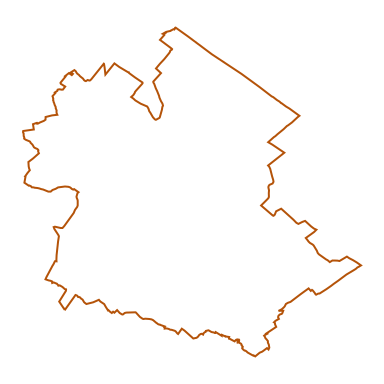 Rachiti, Botosani, Romania (Natural Earth projection)
{"feature_id": "2599482B10393832420275", "entity_name": "Rachiti", "entity_type": "district", "adm_level": 2, "iso_a3": "ROU", "parent_name": "Romania", "parent_adm1": "Botosani", "projection": "natural_earth1", "projection_center": [26.699, 47.8], "detail": "fine", "context": "isolated", "style": "outline", "palette": "amber", "viewbox_px": 384, "rotation_deg": 0, "n_neighbors": 0, "source": "geoboundaries", "source_scale": "gbopen_adm2", "svg_char_len": 5837}
<svg xmlns="http://www.w3.org/2000/svg" viewBox="0 0 384 384"><path d="M346.5,274.5L354.7,269.6L356.3,268.5L357.3,267.5L358.9,266.7L361.0,265.4L356.7,262.4L352.9,260.1L349.2,258.2L346.9,256.6L339.5,261.0L337.2,260.6L332.4,260.5L329.8,262.1L327.6,260.2L326.2,259.5L318.9,254.3L317.7,252.9L316.9,250.8L313.6,245.4L312.6,244.5L309.9,242.9L308.4,241.4L307.9,240.6L305.8,238.0L314.1,232.0L316.4,229.7L314.0,228.6L311.2,226.5L305.1,220.9L302.4,221.9L298.4,223.9L296.4,222.8L293.5,219.8L281.2,208.7L276.1,211.3L275.0,214.1L274.6,214.9L274.0,215.2L273.8,215.6L273.3,215.8L272.4,215.2L261.1,205.5L267.9,198.7L268.7,197.6L268.9,196.5L268.8,193.1L269.0,190.3L268.4,187.6L268.5,186.4L269.1,185.3L269.6,184.8L272.6,183.5L273.5,181.8L273.2,179.9L272.1,176.3L270.2,168.8L269.2,166.7L268.1,165.5L284.3,152.7L272.3,144.6L268.2,142.2L273.9,137.1L275.3,136.2L277.5,134.2L283.6,129.2L286.9,126.0L288.0,125.4L291.9,122.5L297.6,117.2L299.4,115.8L289.5,108.6L286.0,106.5L281.4,103.1L281.1,103.1L279.5,101.6L276.9,100.0L273.2,97.1L271.7,96.4L259.6,87.1L241.5,73.9L211.9,54.3L187.8,36.3L175.6,27.6L175.1,27.8L174.7,29.1L174.3,29.5L173.8,29.1L173.4,29.2L171.8,30.1L171.0,30.4L170.6,30.9L166.9,31.7L165.7,32.9L165.1,33.1L165.1,32.5L162.8,33.8L163.9,34.3L164.4,34.9L160.0,39.9L171.5,48.5L172.1,49.1L171.9,49.6L170.6,50.4L170.2,50.8L170.0,51.8L169.1,53.2L164.3,59.1L160.0,63.7L156.0,68.5L161.0,73.1L153.3,81.6L153.4,82.6L154.2,83.8L155.8,88.3L157.1,91.0L159.1,96.0L159.4,97.5L161.0,101.2L162.4,103.5L162.9,105.2L163.0,105.7L162.4,106.8L161.9,109.8L159.8,117.3L159.4,117.9L155.9,119.8L154.8,119.3L152.9,117.2L150.2,112.5L149.3,111.3L148.4,108.5L147.2,106.5L140.7,103.7L135.3,100.4L133.5,98.7L131.2,97.0L133.3,95.1L134.7,93.0L134.9,92.1L135.9,90.8L142.2,83.8L142.6,83.1L142.5,82.5L135.1,77.5L129.4,73.3L129.0,73.0L128.8,72.3L128.0,72.2L119.3,67.0L114.4,63.4L105.4,74.6L104.6,67.5L104.0,63.9L103.8,63.7L91.2,79.4L89.9,80.5L89.1,80.5L87.7,80.0L85.9,81.1L84.9,80.8L84.1,80.2L83.0,78.6L80.0,76.2L78.9,74.9L77.3,73.7L76.6,72.8L75.7,71.2L74.4,70.1L70.8,72.4L72.9,73.9L71.8,75.1L68.9,73.1L65.0,76.2L65.5,76.6L60.5,82.7L60.5,83.1L60.9,83.9L65.2,86.6L62.9,89.6L61.7,89.7L59.6,89.3L58.1,89.5L57.6,89.7L57.3,90.9L54.8,92.5L55.3,93.1L52.5,96.2L53.0,97.6L53.1,98.4L53.3,98.8L53.1,100.3L53.5,101.0L53.6,102.0L54.1,103.0L54.7,105.0L55.5,106.6L55.7,107.1L55.7,108.2L56.6,110.4L56.5,111.7L56.6,113.1L57.3,114.8L52.0,115.4L45.6,117.0L45.5,119.7L43.8,120.9L39.9,122.5L37.9,123.6L37.2,123.7L37.0,122.9L36.7,122.9L33.0,124.2L33.8,129.5L23.2,131.0L23.0,132.0L23.2,132.8L23.6,133.3L23.7,136.1L24.0,136.6L24.3,137.7L24.1,138.3L24.3,138.8L25.8,139.8L29.7,141.4L30.2,141.9L30.5,142.7L32.5,144.7L34.0,147.3L34.7,147.8L36.2,148.5L37.2,148.9L38.0,149.6L38.4,150.2L38.1,150.8L38.2,151.6L38.9,153.3L32.9,158.6L28.4,162.0L28.7,166.5L29.1,168.4L29.8,170.2L27.5,173.0L25.1,176.4L25.5,176.6L24.4,182.7L28.8,185.7L29.3,185.5L30.9,186.2L31.8,187.3L33.8,187.4L34.4,187.7L37.3,188.0L39.2,188.4L41.2,189.1L43.1,189.5L48.3,191.6L50.7,191.6L52.5,190.0L55.7,188.8L58.1,187.4L65.0,186.5L68.4,186.8L69.9,187.3L70.8,187.9L71.6,188.8L73.2,189.6L74.1,189.1L78.5,192.2L77.5,193.1L76.5,196.6L76.7,197.8L77.5,199.7L77.7,200.8L77.7,205.4L77.2,206.9L75.0,209.9L73.7,213.0L64.3,226.0L62.5,228.0L60.7,228.0L54.9,226.7L53.7,227.1L54.4,229.0L58.4,235.1L58.9,236.2L58.1,241.3L56.6,255.1L56.4,259.7L56.5,261.3L55.2,261.1L54.9,261.3L53.2,264.8L52.8,265.2L46.4,277.2L45.5,279.3L48.6,280.4L50.6,280.8L52.2,281.5L52.4,281.9L52.1,282.5L52.2,283.0L53.5,282.5L54.5,282.7L55.2,283.1L56.9,283.7L57.3,284.3L58.0,284.9L58.3,285.3L58.3,285.6L58.7,285.7L59.0,285.4L59.8,285.4L62.5,287.0L64.8,289.1L65.5,289.3L66.0,289.3L66.1,289.7L65.9,290.9L59.2,301.6L64.1,308.9L64.3,308.7L65.2,309.5L75.5,295.0L76.7,295.4L77.4,295.9L78.1,297.0L79.4,297.1L80.3,297.6L80.8,298.4L82.6,299.6L84.1,302.2L84.8,302.8L86.4,304.0L93.2,302.3L98.9,299.8L100.3,301.5L104.2,304.1L105.6,306.6L108.0,310.4L108.4,310.1L110.0,311.7L111.8,313.0L113.1,311.7L114.4,312.7L117.1,310.1L119.7,313.0L122.0,314.4L122.6,314.5L123.0,314.4L124.7,313.0L126.2,312.6L135.5,312.3L135.9,312.5L139.9,316.9L142.5,318.7L143.4,319.0L145.3,318.7L149.4,319.0L151.6,319.4L153.2,320.2L156.6,323.1L157.1,323.3L157.6,323.8L158.5,324.4L159.9,324.6L160.0,324.8L164.6,326.4L163.9,326.9L164.1,327.2L164.8,327.3L164.7,328.6L166.0,328.4L167.5,328.6L168.9,329.0L170.2,329.7L171.6,329.8L174.8,330.8L175.7,331.4L177.3,333.4L178.1,334.0L181.8,328.7L184.5,330.6L193.3,338.5L196.6,337.8L198.1,336.6L199.0,335.2L200.6,334.0L201.7,333.8L203.1,334.6L203.3,334.1L203.2,333.6L204.8,332.2L205.6,331.9L205.7,331.3L206.0,331.1L206.0,330.9L208.4,330.3L209.1,330.6L211.1,331.8L211.8,332.1L213.9,332.5L214.8,333.0L215.3,333.0L215.7,332.1L221.5,335.7L221.4,334.9L221.6,334.7L225.4,336.5L225.5,336.2L226.5,336.6L229.2,337.0L228.9,338.3L229.0,338.7L229.7,338.8L234.6,341.4L235.7,340.1L236.4,340.2L236.6,339.6L237.8,339.4L238.5,339.7L239.0,339.7L239.2,340.1L238.9,340.9L239.0,341.4L238.6,341.6L238.0,341.2L237.5,342.0L237.6,342.6L238.8,342.3L239.1,342.7L241.0,343.7L241.3,344.1L241.6,344.7L241.5,345.1L242.8,346.9L242.3,347.5L242.2,348.4L243.6,349.9L244.6,350.6L245.5,350.7L246.6,351.5L247.6,352.5L251.7,354.8L253.4,355.7L253.7,355.4L255.2,356.4L259.7,352.7L262.3,351.6L267.0,348.1L268.5,349.5L269.3,347.7L268.8,344.6L267.9,342.7L267.9,341.1L266.6,339.4L265.5,338.3L264.9,336.8L264.1,335.7L265.3,334.8L267.0,333.9L266.3,333.5L276.2,326.9L275.1,324.5L274.9,323.0L274.7,322.7L274.0,322.3L275.5,320.8L278.9,318.9L278.1,317.3L278.3,316.2L278.7,315.5L280.0,314.4L281.7,313.9L282.3,313.2L283.2,310.8L280.4,310.7L278.5,310.9L281.7,309.3L283.8,307.4L284.7,306.4L285.9,304.0L287.9,302.8L290.5,301.9L300.6,294.2L308.6,288.4L310.8,290.9L312.0,289.9L312.8,290.5L315.0,293.3L315.4,294.1L316.1,294.7L318.2,293.6L319.6,293.5L326.5,289.1L331.2,285.8L333.8,283.8L338.2,280.7L346.5,274.5Z" fill="none" stroke="#b45309" stroke-width="2"/></svg>